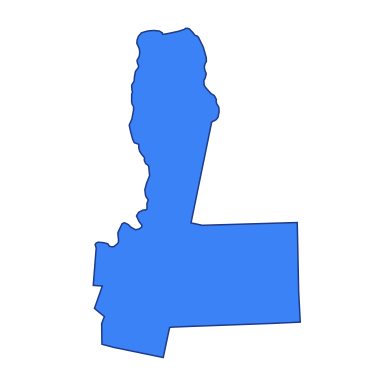 Charlton, Georgia, United States of America (orthographic projection), rotated 177°
{"feature_id": "52423323B4621357576796", "entity_name": "Charlton", "entity_type": "district", "adm_level": 2, "iso_a3": "USA", "parent_name": "United States of America", "parent_adm1": "Georgia", "projection": "orthographic", "projection_center": [-82.072, 30.717], "detail": "fine", "context": "isolated", "style": "filled", "palette": "blue", "viewbox_px": 384, "rotation_deg": 177, "n_neighbors": 0, "source": "geoboundaries", "source_scale": "gbopen_adm2", "svg_char_len": 2075}
<svg xmlns="http://www.w3.org/2000/svg" viewBox="0 0 384 384"><g transform="rotate(177 192 192)"><path d="M169.0,259.6L169.1,260.3L167.5,261.5L165.7,262.1L164.1,263.0L162.2,265.2L160.8,270.4L160.7,273.9L161.0,275.8L162.7,278.7L163.2,281.4L162.8,283.0L164.2,286.2L164.9,287.3L167.5,289.0L169.7,291.5L172.2,294.6L174.2,297.7L174.4,302.6L172.9,305.1L171.7,308.9L171.8,310.5L172.3,311.2L172.8,312.9L173.2,316.2L172.2,319.6L170.8,321.5L170.7,325.3L173.1,335.9L177.5,346.2L178.7,347.5L181.1,348.5L182.5,350.8L185.9,354.8L186.5,355.3L188.4,355.7L189.7,355.8L191.2,354.8L197.0,353.2L207.6,351.5L212.1,351.0L213.1,351.2L213.5,351.8L213.3,352.4L216.1,354.4L221.5,355.3L226.4,355.2L229.8,354.7L233.7,353.7L234.5,353.3L237.4,350.2L238.9,346.6L239.3,343.3L237.2,338.0L236.9,335.1L237.2,332.0L237.7,330.0L240.0,326.4L239.8,323.8L238.7,320.8L239.1,319.0L241.6,316.1L242.3,314.9L243.4,310.2L244.0,305.8L246.4,302.3L246.7,300.6L246.6,296.6L246.2,294.5L247.1,293.0L247.6,285.0L247.1,282.6L246.7,282.1L245.9,280.1L246.1,276.7L248.2,268.1L251.2,262.0L250.2,255.8L248.6,248.1L247.2,244.5L246.9,244.2L242.8,242.5L242.6,242.2L242.9,239.2L242.1,235.3L240.0,231.8L238.6,230.1L237.6,228.4L238.0,226.5L237.8,225.5L236.7,222.7L235.2,221.7L233.9,220.0L233.5,210.5L236.9,203.2L239.0,196.7L238.6,191.2L237.9,189.1L237.2,188.2L236.1,186.2L237.2,184.1L237.6,182.6L237.8,177.9L238.0,177.2L239.2,176.4L240.5,176.6L242.2,176.4L246.3,174.5L248.3,171.7L248.7,170.9L246.3,165.1L243.9,161.7L243.9,160.1L244.3,159.5L246.6,157.9L250.2,157.3L251.3,157.8L255.3,160.4L256.9,162.4L257.8,163.1L260.6,164.6L261.5,164.8L263.5,163.9L268.0,155.6L268.2,153.8L268.0,150.2L267.9,147.8L268.1,145.8L269.0,144.4L272.9,141.5L275.5,141.5L277.4,142.3L278.6,144.4L278.9,144.7L282.9,146.0L288.2,146.8L290.0,146.2L291.0,145.3L291.5,144.5L290.6,141.1L295.5,103.9L286.5,102.8L292.7,87.6L295.5,80.8L286.0,72.2L289.1,65.3L289.9,44.7L278.2,40.9L229.4,28.2L221.5,57.8L219.1,58.1L201.7,57.9L119.3,56.6L90.7,56.4L90.7,86.9L88.5,156.0L183.5,158.2L191.2,160.3L194.6,161.2L169.0,259.6Z" fill="#3b82f6" stroke="#1e3a8a" stroke-width="1.5"/></g></svg>